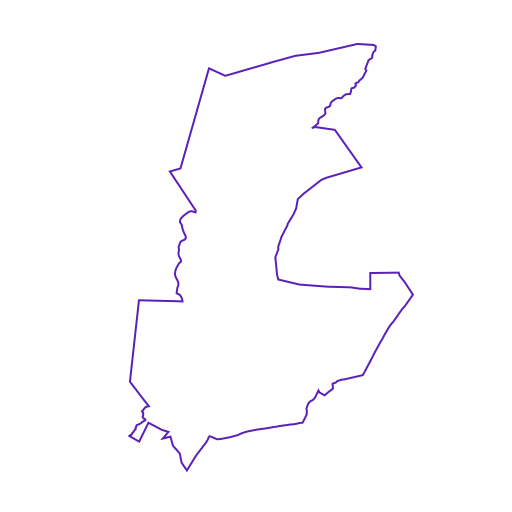 La Compañía, Oaxaca, Mexico, rotated 77°
{"feature_id": "50627088B41446302433754", "entity_name": "La Compañía", "entity_type": "district", "adm_level": 2, "iso_a3": "MEX", "parent_name": "Mexico", "parent_adm1": "Oaxaca", "projection": "robinson", "projection_center": [-96.841, 16.58], "detail": "fine", "context": "isolated", "style": "outline", "palette": "violet", "viewbox_px": 512, "rotation_deg": 77, "n_neighbors": 0, "source": "geoboundaries", "source_scale": "gbopen_adm2", "svg_char_len": 4255}
<svg xmlns="http://www.w3.org/2000/svg" viewBox="0 0 512 512"><g transform="rotate(77 256 256)"><path d="M428.8,248.0L421.9,242.3L417.8,241.2L415.8,241.1L411.3,238.1L409.7,235.6L409.2,233.4L409.0,232.9L408.2,231.6L407.6,230.7L405.4,228.8L401.1,225.4L403.3,224.8L407.2,220.5L404.9,216.1L402.6,210.9L397.7,210.1L397.4,208.9L397.4,207.3L397.1,206.4L396.2,205.0L395.9,201.6L395.7,200.5L396.1,197.8L396.1,196.2L396.1,192.4L396.1,186.3L396.1,178.7L394.2,177.0L392.4,175.4L389.7,173.1L382.0,166.4L377.2,162.4L376.8,162.1L375.4,160.9L375.2,160.7L374.4,159.9L371.8,157.7L371.1,157.0L368.3,154.5L366.5,152.8L365.4,151.7L361.8,148.6L359.2,146.1L356.3,143.5L355.7,142.8L355.0,142.2L353.9,141.0L352.4,139.1L350.6,136.6L345.6,131.1L343.6,128.9L342.2,127.3L339.4,123.9L339.3,123.7L338.4,122.3L329.0,111.8L321.7,114.5L315.3,116.8L307.4,120.5L304.3,120.7L298.3,148.5L314.0,152.1L311.2,162.3L307.8,170.9L302.0,193.2L293.6,220.1L283.9,239.6L278.8,239.7L269.1,238.4L261.7,237.5L254.5,232.7L251.8,232.2L242.7,226.6L233.2,218.5L231.7,217.8L224.2,210.4L218.6,206.1L214.4,204.4L209.9,202.4L205.7,195.0L197.9,178.2L196.5,175.1L195.6,169.9L195.1,161.5L194.0,143.7L193.4,133.3L150.8,150.8L144.3,167.6L144.0,168.6L143.7,170.0L143.9,172.9L143.6,171.3L140.7,165.6L137.7,164.7L137.3,164.4L136.5,163.8L135.6,162.3L134.6,159.0L133.4,156.9L132.6,156.3L131.6,156.2L128.3,155.7L127.3,154.4L127.2,153.3L127.0,151.4L126.6,150.3L125.4,149.5L123.6,148.7L122.3,146.8L121.4,144.5L120.7,143.0L120.5,140.2L121.5,137.3L119.5,134.3L118.7,131.8L119.0,129.9L119.3,127.8L117.2,126.6L116.9,126.4L114.3,125.4L113.9,124.4L114.1,123.1L114.1,122.4L113.1,121.4L113.1,121.0L112.1,120.2L110.4,120.3L110.4,120.2L109.7,118.8L109.8,117.4L109.6,117.0L108.3,115.9L107.6,114.3L105.9,111.5L105.3,111.0L103.8,110.0L100.3,106.8L98.2,107.4L90.6,102.3L89.7,100.4L89.2,98.5L88.5,98.0L87.2,97.8L84.6,96.3L83.9,95.8L82.5,93.5L78.7,92.1L76.9,93.7L72.2,109.6L72.2,148.9L69.8,172.8L70.7,194.2L73.5,245.4L62.6,259.6L83.6,271.2L153.7,309.9L154.3,320.9L198.2,304.5L199.9,305.2L198.9,306.8L198.3,307.7L197.8,309.1L197.7,310.8L198.2,312.5L199.4,315.1L200.2,317.0L201.2,318.7L202.0,320.0L203.0,321.1L203.9,321.8L205.0,322.2L205.9,322.5L207.2,322.0L209.0,321.4L210.6,321.3L212.0,321.5L214.2,321.4L216.1,321.1L218.3,320.7L220.2,320.2L221.6,320.1L222.9,320.4L223.5,321.1L224.2,322.4L224.6,325.2L225.3,326.4L226.5,327.3L228.2,328.2L229.3,329.2L230.4,329.5L232.4,329.5L233.9,330.2L235.0,330.6L235.9,330.9L237.4,331.2L238.8,331.1L240.0,330.8L241.5,330.4L243.1,330.1L244.3,330.2L245.2,331.3L245.6,332.4L247.2,333.9L248.2,334.9L249.4,336.0L250.7,336.9L252.3,337.9L253.7,338.4L255.0,338.9L256.3,339.1L257.8,339.1L259.3,338.8L260.6,338.4L262.3,338.0L263.7,337.8L265.0,337.8L266.2,338.0L267.4,338.4L268.3,339.1L269.4,339.8L270.6,340.3L271.3,340.5L272.3,341.0L273.0,341.2L273.7,341.5L274.5,341.7L275.1,341.0L275.6,340.3L276.3,339.4L277.1,338.8L278.8,338.2L280.3,337.8L281.9,337.7L283.3,337.8L283.7,337.8L272.8,380.0L350.1,407.1L369.8,398.2L377.8,394.4L378.3,394.2L378.2,395.7L378.3,397.1L378.6,397.9L379.2,398.7L379.6,399.2L380.6,400.5L381.2,401.2L381.5,401.9L382.2,401.5L383.1,401.7L383.4,401.2L384.6,401.4L385.3,401.7L386.4,402.1L386.8,402.6L387.7,402.5L388.5,402.3L389.1,402.0L389.3,401.4L389.8,400.9L390.3,400.6L390.7,400.6L391.1,400.7L391.4,401.6L391.7,402.7L392.1,404.1L392.7,405.1L393.1,405.9L393.6,407.7L393.9,409.2L393.9,410.0L394.4,410.7L395.2,411.0L395.7,411.2L396.2,412.0L396.6,412.2L397.7,412.2L398.4,413.4L399.0,414.2L400.0,415.0L400.4,416.1L401.5,416.9L402.4,417.8L402.6,418.3L402.2,418.6L402.9,419.9L410.6,411.6L394.3,398.3L404.1,387.0L407.7,380.9L412.9,387.8L412.8,380.0L422.2,379.6L431.2,374.7L440.5,375.0L449.4,371.6L446.6,368.8L439.8,362.1L439.2,361.5L436.7,359.0L426.9,347.1L426.2,346.3L426.0,346.1L425.3,345.5L424.2,344.4L423.6,343.9L421.9,342.9L421.2,341.6L422.1,340.3L423.0,339.0L424.4,337.1L425.9,335.0L426.1,333.1L426.4,330.8L426.4,330.6L426.5,327.8L426.7,321.7L426.5,316.4L426.4,313.8L425.6,310.3L425.4,308.5L425.1,305.4L425.1,301.9L425.3,296.2L425.3,294.7L426.2,285.0L426.5,280.1L426.6,277.1L426.7,276.4L426.9,274.7L427.0,272.7L426.9,272.5L427.3,267.5L427.5,265.4L427.8,263.4L427.8,261.0L428.3,258.2L428.6,254.6L428.5,252.1L428.6,250.5L428.9,248.5L428.8,248.0Z" fill="none" stroke="#5b21b6" stroke-width="2"/></g></svg>